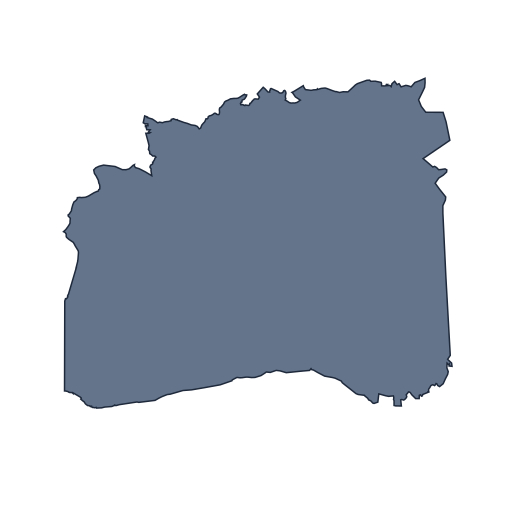 outline of Copándaro, Michoacán, Mexico, rotated 173°
{"feature_id": "50627088B77447003325256", "entity_name": "Copándaro", "entity_type": "district", "adm_level": 2, "iso_a3": "MEX", "parent_name": "Mexico", "parent_adm1": "Michoacán", "projection": "orthographic", "projection_center": [-101.212, 19.917], "detail": "fine", "context": "isolated", "style": "filled", "palette": "slate", "viewbox_px": 512, "rotation_deg": 173, "n_neighbors": 0, "source": "geoboundaries", "source_scale": "gbopen_adm2", "svg_char_len": 6069}
<svg xmlns="http://www.w3.org/2000/svg" viewBox="0 0 512 512"><g transform="rotate(173 256 256)"><path d="M153.1,408.1L156.6,409.5L157.0,409.4L160.3,411.0L165.4,413.7L167.0,414.3L170.9,414.4L173.6,413.9L174.8,413.8L174.8,414.3L175.7,413.7L178.7,413.9L180.5,413.7L181.6,413.8L183.7,414.4L186.2,415.0L186.7,415.2L188.0,417.8L188.3,419.3L198.2,414.8L200.4,414.0L199.8,413.5L197.5,409.1L193.0,405.3L196.3,403.5L198.2,403.2L199.0,403.1L200.5,403.4L202.6,403.5L204.4,404.3L205.9,405.7L208.0,407.2L207.2,408.6L207.5,409.9L207.3,411.4L206.4,414.0L206.6,415.6L207.1,416.6L207.6,416.9L208.4,416.6L209.2,415.4L210.0,414.8L210.9,414.7L211.5,414.7L212.2,414.8L213.0,415.2L214.2,416.6L220.5,420.4L220.8,420.4L221.2,420.2L221.6,419.7L221.7,418.8L222.3,418.3L222.4,417.8L222.5,417.0L224.1,417.3L226.8,421.0L228.3,422.6L235.0,416.7L233.2,413.3L234.7,411.4L237.9,412.1L238.8,411.9L239.3,411.3L240.1,410.9L240.3,410.6L241.1,410.0L241.1,409.7L241.5,409.5L242.7,408.3L243.5,408.2L243.9,406.9L245.0,406.3L248.3,407.2L248.7,406.7L249.8,407.1L250.1,407.3L250.4,407.8L251.1,408.0L251.8,407.9L252.5,407.9L252.7,408.0L252.6,408.6L252.9,409.1L252.4,409.9L251.9,410.1L251.9,410.6L251.1,410.7L251.0,411.7L250.7,412.4L248.6,413.0L247.7,413.8L246.0,415.9L245.6,417.0L247.4,417.4L247.7,417.9L249.3,417.3L252.8,415.6L254.5,414.9L255.9,414.8L258.9,415.1L262.2,415.1L264.7,414.1L267.0,413.5L267.6,413.2L268.5,412.6L269.7,410.7L271.1,409.4L272.6,408.0L273.8,407.5L274.1,407.1L274.4,406.4L274.6,405.4L274.6,404.2L274.7,403.0L274.9,402.2L275.2,401.4L275.6,401.0L276.3,400.9L277.8,401.5L278.0,401.6L278.1,402.0L278.7,402.5L279.3,402.7L280.0,402.7L281.0,402.0L283.5,400.9L284.6,400.9L286.2,400.3L286.4,400.1L286.9,398.7L287.4,398.1L287.7,398.1L288.9,398.3L290.3,395.8L290.8,395.2L292.2,394.1L293.9,392.5L295.4,389.7L296.9,389.1L298.4,391.7L300.5,393.0L304.3,394.0L308.0,396.0L311.2,397.3L317.3,400.4L317.6,401.0L318.7,400.9L321.2,402.3L323.5,401.9L323.6,401.6L323.7,400.7L326.5,400.2L328.2,400.3L330.5,400.2L332.6,399.7L335.4,400.6L337.2,400.2L338.3,401.0L338.9,401.7L342.1,404.5L347.1,406.7L346.8,407.2L349.4,408.6L351.7,402.0L350.2,400.8L347.3,400.4L347.3,398.5L349.8,399.0L350.0,397.8L349.0,397.3L349.3,396.3L349.0,394.6L345.7,394.2L347.7,392.1L347.1,391.6L346.1,391.3L347.2,390.8L350.4,391.2L349.1,382.1L348.7,378.6L349.8,374.8L348.9,373.1L349.0,370.6L348.8,370.3L347.7,369.5L346.3,367.8L344.5,367.6L343.5,366.9L343.3,366.2L344.0,365.8L344.5,365.1L345.2,363.6L346.2,362.6L346.6,361.7L347.2,361.6L347.1,360.8L347.5,359.9L349.5,359.0L350.4,357.3L350.3,356.6L349.7,355.8L349.5,354.9L349.8,353.9L349.8,353.0L349.7,348.4L353.4,351.3L355.6,353.0L361.5,357.0L364.8,358.4L365.7,359.9L365.7,360.9L365.5,361.5L367.1,360.9L369.4,359.2L371.5,357.9L374.5,357.5L378.2,358.0L384.9,362.0L396.2,364.8L400.8,364.2L404.2,363.1L406.6,361.2L406.3,357.6L405.0,355.1L403.3,350.5L403.1,347.5L402.6,346.2L402.5,344.1L402.9,341.6L404.0,341.0L404.9,339.5L406.5,339.4L407.4,339.0L408.7,338.7L415.1,335.9L417.7,335.2L418.6,335.1L422.4,335.3L423.7,335.7L426.2,335.7L426.4,334.7L427.3,333.6L428.6,332.6L429.9,332.0L430.3,331.5L431.6,329.2L433.3,325.1L433.7,323.4L436.5,320.1L437.3,319.9L437.6,318.7L435.7,316.0L436.3,313.4L436.6,311.3L437.3,310.2L439.1,308.0L441.6,305.4L444.1,303.6L442.6,302.6L441.7,300.9L442.0,298.7L441.8,297.7L439.7,295.3L435.7,291.8L434.5,289.0L434.4,288.5L431.8,282.8L431.8,281.0L433.2,274.0L433.5,273.3L433.7,272.2L436.0,266.3L435.8,266.3L446.9,240.7L447.3,240.4L448.0,239.1L447.7,238.5L448.3,237.6L449.8,236.5L450.3,236.8L451.3,234.6L462.5,145.4L462.1,145.4L460.0,144.7L458.6,144.0L458.4,143.6L457.5,143.2L456.9,143.2L456.2,142.9L455.9,143.0L455.2,142.9L454.3,141.8L454.2,142.4L447.9,137.6L446.8,136.5L446.7,136.2L446.9,135.8L447.4,135.3L445.3,133.0L444.5,132.4L443.3,130.0L441.4,128.1L439.2,127.6L439.0,126.9L438.7,126.7L438.2,126.6L437.6,127.0L437.4,126.9L437.5,126.4L437.2,125.9L436.5,125.5L435.5,125.4L434.9,125.1L434.3,125.0L433.0,125.2L432.9,125.0L432.8,124.5L427.6,124.1L424.6,124.5L417.5,124.2L416.2,124.5L414.6,125.2L414.6,124.8L413.5,124.8L413.2,124.6L409.8,125.1L391.9,125.6L390.2,125.0L373.8,125.0L369.8,126.7L366.4,127.9L361.0,129.3L358.0,129.3L344.9,131.4L336.3,131.0L323.4,131.6L307.3,132.5L295.1,135.1L294.7,135.9L291.9,137.0L289.7,137.8L287.0,137.1L284.8,136.9L280.8,137.0L278.5,136.7L275.3,135.9L271.8,135.6L265.6,136.7L261.3,138.8L259.9,139.6L256.0,138.7L249.9,140.0L246.2,139.1L240.2,136.5L225.4,136.2L216.8,135.9L215.1,137.5L214.4,136.3L213.0,135.9L209.3,133.1L202.5,128.4L195.0,126.1L192.4,125.1L186.6,121.5L185.8,119.7L183.5,117.3L179.7,113.5L173.5,107.2L171.5,106.1L165.3,104.5L165.1,103.9L162.5,101.2L161.7,99.4L159.8,98.3L157.9,95.7L156.8,95.3L153.9,95.9L152.9,96.1L150.9,104.2L144.4,101.5L141.4,100.5L139.3,100.5L136.7,100.4L136.5,99.1L136.6,98.1L137.0,96.8L136.6,95.7L137.2,90.8L135.6,90.2L130.0,89.4L129.9,95.6L128.8,95.8L126.9,95.0L125.7,95.6L124.3,96.8L123.5,97.9L123.8,100.0L122.4,101.2L121.2,102.5L120.2,102.2L119.5,101.6L118.3,99.3L114.9,95.0L111.4,94.6L110.9,97.8L109.7,98.2L108.9,96.7L107.9,96.9L107.5,98.2L101.2,99.9L101.6,100.4L101.0,100.6L101.1,102.0L100.5,103.3L99.6,104.1L98.2,106.1L96.2,106.7L94.5,105.6L93.7,106.3L92.8,107.5L92.1,107.1L91.4,105.3L89.7,104.0L85.8,106.4L83.0,111.0L80.2,115.1L79.3,117.8L80.2,121.7L79.4,126.4L77.8,124.5L77.5,124.8L77.8,123.3L74.9,122.6L74.9,125.9L78.4,130.1L75.3,133.7L70.1,211.8L65.3,275.6L64.4,283.2L61.2,288.4L60.5,291.5L65.8,300.1L69.3,306.4L65.1,311.1L60.3,313.4L56.6,316.1L56.1,318.2L57.7,319.4L61.8,319.3L64.2,319.4L66.0,321.8L67.8,323.2L69.7,322.8L72.7,326.2L78.3,332.3L49.5,347.2L51.0,366.0L52.8,375.8L70.0,378.0L73.7,384.3L75.6,391.2L70.6,398.8L68.1,402.8L67.1,407.2L66.6,411.8L72.4,410.0L77.1,408.9L81.4,405.0L82.3,405.5L84.8,406.6L86.5,407.1L91.4,406.2L93.0,409.6L93.5,409.5L95.1,408.9L97.1,412.5L100.0,410.5L101.2,407.6L102.1,408.7L102.4,409.0L105.1,409.1L104.4,410.2L105.7,410.4L106.3,409.2L107.5,409.1L110.6,409.6L110.4,412.0L110.6,413.0L116.4,415.0L120.8,415.4L121.8,416.7L124.6,416.9L134.4,414.7L136.6,413.6L138.7,412.0L144.7,407.7L149.5,408.4L153.1,408.1Z" fill="#64748b" stroke="#1e293b" stroke-width="1.5"/></g></svg>